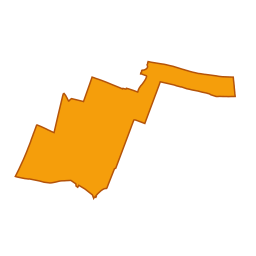 Suhurlui, Galati, Romania, rotated 18°
{"feature_id": "2599482B54270676275296", "entity_name": "Suhurlui", "entity_type": "district", "adm_level": 2, "iso_a3": "ROU", "parent_name": "Romania", "parent_adm1": "Galati", "projection": "mercator", "projection_center": [27.827, 45.741], "detail": "fine", "context": "isolated", "style": "filled", "palette": "amber", "viewbox_px": 256, "rotation_deg": 18, "n_neighbors": 0, "source": "geoboundaries", "source_scale": "gbopen_adm2", "svg_char_len": 3329}
<svg xmlns="http://www.w3.org/2000/svg" viewBox="0 0 256 256"><g transform="rotate(18 128 128)"><path d="M220.2,64.9L219.7,63.8L219.3,63.0L219.0,62.4L218.8,61.9L218.6,61.3L217.6,59.1L217.2,58.1L216.7,57.1L216.3,56.0L215.8,54.8L215.2,53.5L214.6,52.1L213.9,50.6L213.4,49.5L213.2,49.0L213.0,48.5L212.6,47.6L212.4,47.1L207.1,48.6L201.8,50.1L198.4,50.8L196.0,51.1L193.3,51.6L185.1,53.1L184.4,53.3L179.8,54.0L178.1,54.4L174.3,54.7L172.5,54.9L168.7,55.1L167.3,55.1L166.4,55.1L165.4,55.2L164.3,55.2L163.5,55.2L161.5,55.3L151.9,55.4L147.6,55.8L144.8,56.0L142.8,56.2L139.3,56.8L129.6,58.3L126.6,58.6L126.6,60.1L126.8,60.5L126.8,60.8L126.8,61.0L126.7,61.5L126.6,61.8L126.6,62.0L126.8,62.3L127.0,62.5L127.3,62.9L127.5,63.2L127.6,63.4L127.7,63.6L127.7,63.8L127.7,64.1L127.8,64.5L127.7,64.8L127.6,65.1L127.4,65.5L127.3,65.8L127.2,66.1L126.7,66.5L126.5,66.8L125.6,67.7L125.0,68.0L124.6,68.3L124.3,68.4L123.9,68.5L123.6,68.6L123.4,68.8L123.3,69.1L123.3,69.3L123.3,69.6L123.4,70.0L123.5,70.2L123.6,70.3L123.6,70.5L123.4,70.9L123.3,71.2L123.2,71.4L123.2,71.8L123.2,72.2L123.3,72.6L123.6,72.4L129.4,72.7L129.7,73.1L129.8,73.6L129.7,75.8L129.1,78.4L128.0,81.9L127.4,83.3L127.0,84.1L126.9,84.8L126.6,85.5L126.4,86.3L126.3,87.0L126.1,88.1L126.1,88.7L126.1,89.2L126.1,90.0L126.1,90.8L121.4,90.6L119.8,90.6L116.5,90.6L114.2,90.7L114.0,91.7L112.5,91.8L110.9,91.9L110.7,92.5L108.5,92.3L98.8,91.6L94.0,91.2L88.5,90.9L84.7,90.8L83.4,90.8L82.1,90.8L80.3,90.7L79.7,90.7L78.1,90.7L78.1,91.1L78.1,91.9L78.0,97.8L77.5,116.6L70.3,117.1L65.2,117.5L64.3,118.7L64.1,119.3L63.5,120.5L63.3,120.7L63.0,120.6L62.9,120.4L62.3,119.9L60.7,118.3L59.8,117.5L58.6,116.3L56.5,114.9L56.0,115.5L55.9,115.6L56.0,118.1L57.7,139.1L59.1,155.2L58.4,155.2L57.5,155.1L55.4,154.9L55.1,154.8L54.3,154.7L52.3,154.5L50.8,154.2L44.9,153.5L40.7,153.2L40.2,153.5L40.0,159.8L39.9,161.8L39.8,162.7L39.8,163.6L39.8,164.4L39.6,168.7L39.6,170.1L39.6,171.4L39.4,175.0L39.2,177.9L39.1,179.9L38.9,183.1L38.2,191.1L38.0,192.5L37.0,200.9L35.8,208.9L36.1,208.9L36.4,208.9L36.5,208.9L38.3,208.8L38.8,208.7L39.0,208.7L39.4,208.7L39.9,208.6L40.1,208.6L41.0,208.5L41.7,208.4L42.0,208.4L45.4,208.0L45.5,208.0L46.8,207.7L47.9,207.5L49.1,207.3L50.0,206.9L60.4,205.7L65.1,205.5L65.5,205.4L68.1,204.9L69.6,204.6L70.7,204.4L71.2,204.2L71.7,204.0L72.4,203.7L73.7,203.0L74.8,202.4L76.7,201.3L77.3,200.9L78.6,200.1L79.6,199.5L80.7,199.0L81.1,198.8L83.9,197.8L85.6,197.1L89.8,195.5L90.9,195.8L95.6,197.2L96.6,199.3L98.5,199.9L98.9,197.7L105.4,199.2L106.7,199.6L114.8,202.6L117.1,205.5L117.3,204.5L117.4,204.2L117.7,204.0L118.4,203.8L118.8,203.9L119.0,203.0L118.4,202.7L118.6,202.1L119.5,199.9L121.1,197.0L121.5,196.3L122.2,195.3L123.6,193.6L124.1,193.2L125.3,192.5L126.3,192.1L126.5,191.3L126.7,187.2L126.9,183.9L127.7,171.0L128.8,170.0L128.8,169.5L130.6,129.3L130.8,124.0L131.1,118.6L131.3,118.4L131.5,118.3L132.6,118.1L133.6,118.1L142.6,118.5L142.8,113.2L143.3,101.0L143.9,86.8L144.0,85.6L144.0,85.0L144.2,79.7L144.3,77.7L144.4,74.1L153.1,73.3L158.9,72.8L161.1,72.9L162.5,72.8L165.8,72.6L166.0,72.4L171.8,72.5L174.2,72.2L177.1,72.0L181.0,71.5L183.4,71.2L183.7,71.2L187.5,71.0L191.8,70.5L193.2,70.5L194.5,70.4L195.1,70.4L195.3,70.5L196.5,70.8L200.2,70.8L202.0,70.8L203.5,70.4L205.4,69.6L206.9,69.2L211.2,67.9L212.0,67.6L213.6,67.2L216.6,66.1L220.2,64.9Z" fill="#f59e0b" stroke="#b45309" stroke-width="1.5"/></g></svg>